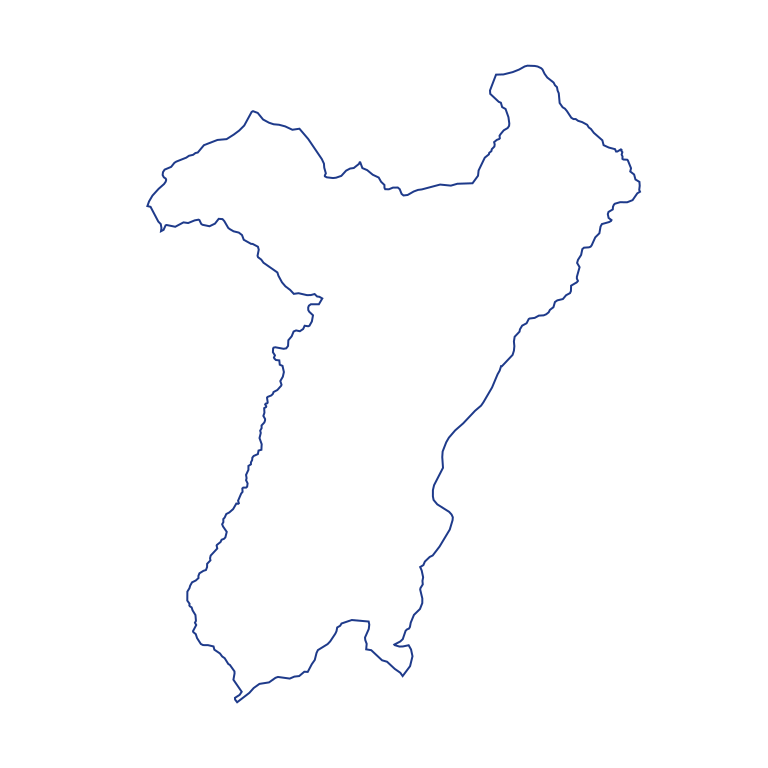 outline of Chameza, Casanare, Colombia, rotated 183°
{"feature_id": "7082276B78466873958700", "entity_name": "Chameza", "entity_type": "district", "adm_level": 2, "iso_a3": "COL", "parent_name": "Colombia", "parent_adm1": "Casanare", "projection": "albers", "projection_center": [-72.863, 5.238], "detail": "fine", "context": "isolated", "style": "outline", "palette": "blue", "viewbox_px": 768, "rotation_deg": 183, "n_neighbors": 0, "source": "geoboundaries", "source_scale": "gbopen_adm2", "svg_char_len": 6131}
<svg xmlns="http://www.w3.org/2000/svg" viewBox="0 0 768 768"><g transform="rotate(183 384 384)"><path d="M288.3,698.8L293.5,682.7L293.1,679.3L284.2,671.8L282.0,671.0L280.5,666.7L277.0,665.0L273.7,657.0L272.5,650.7L272.6,648.3L273.9,646.1L277.7,643.6L280.6,639.7L281.6,638.0L281.2,635.4L281.8,634.7L284.1,633.7L286.7,631.3L286.0,629.1L286.2,626.9L288.6,624.2L289.0,622.1L291.0,620.4L291.3,618.8L295.2,615.3L300.7,602.2L301.0,596.9L306.1,589.1L321.2,587.8L327.6,585.6L338.4,586.1L356.4,580.3L360.2,579.6L364.4,577.8L370.3,574.0L374.4,573.3L376.4,574.8L378.5,579.4L380.5,580.9L385.3,580.6L389.3,578.7L393.0,578.6L393.8,579.9L394.0,582.8L397.5,585.8L400.1,589.9L406.2,592.4L412.0,596.7L416.9,598.5L419.3,604.1L419.9,604.1L420.5,602.5L425.5,598.1L429.1,597.4L433.0,595.1L437.5,589.6L442.7,587.5L445.7,587.0L452.0,587.4L453.9,588.3L454.0,589.2L453.1,591.3L455.0,596.9L455.5,600.9L457.9,605.4L472.5,624.7L481.8,634.5L488.8,633.1L496.2,636.1L502.4,637.4L507.8,637.6L512.5,638.9L518.6,641.8L524.3,648.1L529.1,649.6L530.4,648.8L537.1,634.8L541.9,629.5L547.1,625.2L554.0,620.3L563.1,619.0L576.3,613.1L582.1,605.4L584.4,604.8L586.6,602.9L590.7,601.7L593.3,599.7L603.1,595.2L604.9,593.9L607.9,589.7L614.3,586.6L615.8,584.0L616.0,581.1L614.7,578.9L612.7,577.7L612.2,576.4L612.6,574.6L614.1,572.2L619.3,567.1L625.1,560.0L628.2,554.0L629.6,549.3L626.4,548.7L617.9,534.4L615.3,532.0L614.4,528.1L614.7,524.9L612.2,526.4L610.4,531.0L609.4,531.4L600.7,530.1L592.7,534.9L588.0,534.5L581.6,537.5L577.8,538.4L576.9,538.0L574.9,534.3L573.6,533.5L566.5,532.4L561.2,535.3L557.7,540.3L553.9,540.2L552.0,538.3L547.7,531.7L546.1,530.6L542.2,528.6L536.9,527.6L533.6,525.3L531.6,520.7L524.1,517.0L522.5,517.0L517.1,514.5L516.1,511.6L517.0,505.4L516.4,504.0L513.1,501.8L510.7,498.8L496.3,489.8L495.1,486.6L491.2,480.2L487.6,476.4L482.6,473.0L478.8,469.3L474.1,470.2L465.5,468.7L461.7,469.0L458.0,470.2L455.4,467.9L453.1,467.7L450.1,466.2L453.2,460.2L461.2,459.8L463.1,458.3L463.7,456.5L463.5,453.9L462.5,452.3L458.5,448.9L459.3,442.7L461.5,438.3L462.7,437.7L466.3,438.0L467.6,434.7L470.8,432.3L474.6,432.9L477.0,431.7L478.7,426.8L481.8,422.7L481.8,417.0L483.5,414.5L486.1,413.9L494.5,415.0L496.2,414.5L496.6,413.6L496.6,409.9L494.4,406.9L495.3,404.6L494.8,403.7L493.2,402.3L489.8,402.1L489.1,397.8L486.3,396.8L484.6,390.7L485.4,386.0L487.7,381.5L486.3,377.9L486.6,376.9L490.2,372.4L493.9,370.2L494.4,368.4L495.9,366.7L499.6,365.0L500.1,364.2L499.2,359.6L499.5,358.7L501.1,358.2L501.6,357.4L500.4,355.6L500.6,354.8L502.4,353.6L501.9,349.0L502.8,345.8L500.9,342.8L500.9,341.3L501.5,339.3L504.1,336.2L503.9,333.5L505.2,330.9L504.5,328.7L505.5,323.5L503.0,317.5L503.0,311.9L505.8,311.0L506.3,307.4L510.4,305.3L511.6,303.6L511.7,301.1L512.8,298.8L512.7,296.8L515.1,295.1L514.9,291.2L517.0,286.0L516.3,282.8L516.7,280.7L515.0,277.6L515.3,274.3L516.3,273.3L519.1,273.2L520.0,272.3L519.6,268.9L520.9,267.1L523.6,259.8L522.7,257.3L523.4,256.7L525.2,256.9L528.1,251.2L531.8,247.6L534.7,245.9L536.1,242.3L537.4,240.7L537.2,237.6L538.3,235.5L537.3,233.3L533.3,228.1L534.4,222.5L535.7,221.0L538.0,220.0L539.0,217.6L542.4,214.6L542.7,214.0L541.9,211.0L548.1,203.6L548.6,200.9L548.1,198.8L551.2,195.2L551.1,191.9L552.1,188.9L554.5,188.0L558.4,185.3L559.3,182.6L559.1,180.5L561.7,177.9L565.3,175.9L567.0,172.5L567.6,169.9L569.5,166.4L569.1,157.4L566.7,154.4L566.8,152.7L566.3,151.9L564.4,150.8L563.3,147.9L560.2,143.4L559.4,137.6L560.3,135.7L558.9,133.5L561.8,127.2L561.4,126.2L558.9,124.4L557.4,120.5L553.3,114.8L551.0,113.8L546.1,114.0L540.5,113.0L539.5,109.8L533.7,106.3L531.3,103.4L528.8,101.9L524.8,96.2L523.2,95.4L518.3,89.2L518.1,87.1L518.9,80.8L510.0,69.2L511.9,66.0L516.4,62.8L516.2,61.1L514.0,58.5L502.3,68.5L498.2,73.6L492.7,78.0L483.2,80.0L477.0,84.9L474.6,85.9L462.7,84.9L458.2,87.1L453.4,87.9L448.5,92.5L445.1,92.5L441.4,100.5L438.7,104.8L437.3,111.9L436.1,114.8L426.7,121.3L424.3,124.1L419.5,132.2L418.5,134.7L418.0,138.4L415.1,140.3L413.9,142.6L403.9,146.6L386.9,146.0L386.1,142.9L386.4,138.5L389.7,129.8L389.3,127.3L387.7,123.6L387.9,118.1L382.8,117.5L371.5,108.0L366.4,106.8L358.4,100.1L352.6,96.5L350.1,93.3L343.2,103.6L341.3,113.6L343.1,120.3L345.7,124.4L351.4,122.9L354.8,122.6L359.7,123.8L360.1,124.3L354.3,127.7L351.9,130.2L349.5,138.7L348.1,140.2L346.3,141.0L345.4,142.7L344.8,147.1L342.0,155.0L336.3,161.2L334.3,167.2L334.5,171.8L337.1,180.6L336.9,182.1L334.8,185.9L335.3,189.4L334.8,193.0L336.6,199.7L338.3,203.1L335.2,205.2L333.9,208.8L329.3,213.7L326.4,215.3L320.0,224.6L310.7,242.1L308.4,251.6L308.3,254.5L309.7,257.2L312.2,259.7L324.5,266.6L328.4,270.8L329.3,274.4L329.6,280.6L328.7,285.6L320.7,303.4L322.0,314.1L321.9,319.7L318.8,329.1L316.4,333.8L310.5,341.4L302.8,348.9L291.7,362.0L285.9,367.5L283.8,370.9L275.9,386.2L271.1,399.6L269.2,403.4L268.0,408.0L267.2,407.9L257.1,419.8L256.0,424.1L255.8,428.6L256.5,433.3L256.0,438.0L251.4,443.4L251.1,445.7L249.1,449.5L244.8,452.1L242.9,456.4L242.1,457.0L237.0,457.9L232.9,460.4L228.2,460.9L225.7,462.1L223.3,464.2L222.2,466.7L218.8,469.6L217.6,474.8L215.3,476.6L209.8,478.2L206.8,482.2L203.0,484.5L202.2,486.6L202.3,492.0L196.7,495.7L195.7,497.1L196.9,499.3L197.0,501.1L194.8,510.9L197.5,515.0L196.8,518.1L193.9,523.2L193.0,529.1L191.4,530.6L186.5,531.2L184.9,531.9L183.9,533.3L180.7,541.5L176.8,545.8L176.0,552.5L174.8,555.1L167.7,557.5L165.8,558.7L165.4,559.6L168.4,561.6L169.4,565.4L168.8,567.6L164.7,570.3L164.6,573.0L163.8,575.1L162.9,576.1L157.8,577.9L150.7,578.2L145.4,580.6L141.0,587.7L138.4,589.4L139.3,591.2L139.0,595.3L139.5,599.2L143.6,601.4L145.2,606.3L149.2,609.1L148.6,612.4L152.2,620.1L152.9,620.7L156.7,620.7L157.7,621.3L157.7,623.7L158.7,625.5L158.1,628.0L159.0,628.9L159.0,630.2L159.7,630.7L163.1,628.4L164.4,628.3L165.6,630.6L171.9,631.9L177.2,634.0L178.7,638.8L187.6,645.8L190.7,649.5L192.9,650.9L194.7,653.5L199.8,655.9L204.0,657.0L206.4,658.6L208.7,658.5L210.9,659.7L215.6,666.1L217.7,668.4L220.1,669.7L223.3,673.8L224.7,683.5L226.0,686.1L226.8,689.5L228.9,691.3L230.4,693.9L237.0,698.6L239.9,702.2L242.2,706.4L243.6,707.6L247.2,709.1L250.1,709.5L257.3,709.4L260.1,708.5L265.5,705.1L271.8,702.2L280.9,699.4L288.3,698.8Z" fill="none" stroke="#1e3a8a" stroke-width="2"/></g></svg>